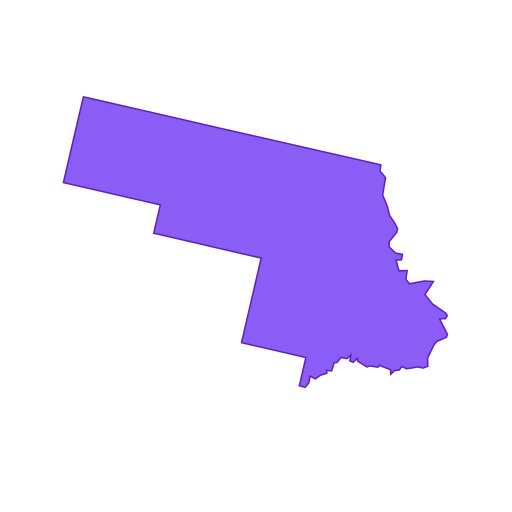 outline of Morton, North Dakota, United States of America, rotated 13°
{"feature_id": "52423323B52264110855151", "entity_name": "Morton", "entity_type": "district", "adm_level": 2, "iso_a3": "USA", "parent_name": "United States of America", "parent_adm1": "North Dakota", "projection": "natural_earth1", "projection_center": [-100.923, 46.634], "detail": "fine", "context": "isolated", "style": "filled", "palette": "violet", "viewbox_px": 512, "rotation_deg": 13, "n_neighbors": 0, "source": "geoboundaries", "source_scale": "gbopen_adm2", "svg_char_len": 1066}
<svg xmlns="http://www.w3.org/2000/svg" viewBox="0 0 512 512"><g transform="rotate(13 256 256)"><path d="M51.8,227.8L151.3,227.7L151.2,256.8L261.5,256.9L261.4,343.7L327.4,343.7L327.4,372.7L333.4,372.9L336.0,367.7L335.8,360.8L341.5,362.4L345.6,357.7L351.4,354.2L350.6,351.6L355.6,350.9L356.1,342.5L358.9,341.5L361.6,335.8L367.8,335.5L370.7,331.1L371.0,337.1L374.6,337.7L377.7,333.1L378.8,335.6L389.0,339.2L391.5,337.5L399.8,336.9L401.0,334.8L412.8,336.6L413.9,340.9L416.7,336.5L421.4,334.8L422.9,330.9L428.3,332.0L438.6,327.7L444.0,327.6L448.2,324.8L446.2,316.9L449.2,303.1L451.2,298.8L459.9,292.2L460.2,289.3L449.0,276.0L454.7,274.4L455.8,271.2L454.0,269.1L438.9,263.1L429.3,255.6L434.6,240.9L425.6,242.5L411.9,248.5L407.3,245.1L406.5,236.2L398.7,238.2L393.4,228.5L398.6,227.0L398.3,221.4L391.4,221.8L383.7,217.2L382.5,212.3L387.7,201.4L387.9,197.6L383.9,192.9L377.5,186.8L376.7,185.7L373.0,178.4L365.7,168.0L364.6,150.5L357.8,145.3L357.1,139.1L189.1,139.6L139.4,139.6L52.1,139.7L52.0,139.9L51.8,227.8Z" fill="#8b5cf6" stroke="#5b21b6" stroke-width="1.5"/></g></svg>